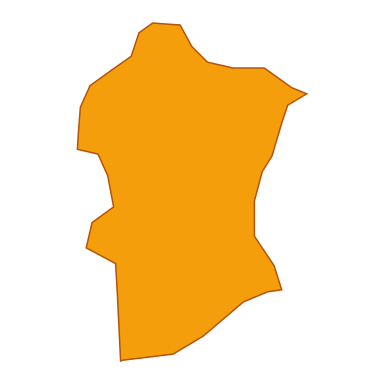 Skurup, Skåne, Sweden (Mercator projection)
{"feature_id": "70781695B43697052539522", "entity_name": "Skurup", "entity_type": "district", "adm_level": 2, "iso_a3": "SWE", "parent_name": "Sweden", "parent_adm1": "Skåne", "projection": "mercator", "projection_center": [13.579, 55.488], "detail": "fine", "context": "isolated", "style": "filled", "palette": "amber", "viewbox_px": 384, "rotation_deg": 0, "n_neighbors": 0, "source": "geoboundaries", "source_scale": "gbopen_adm2", "svg_char_len": 577}
<svg xmlns="http://www.w3.org/2000/svg" viewBox="0 0 384 384"><path d="M306.6,93.8L291.6,87.6L264.2,68.0L232.9,68.0L207.5,62.2L191.8,46.5L180.1,25.0L161.6,23.7L152.7,23.0L139.0,32.8L131.2,56.3L111.7,70.0L90.1,85.6L86.8,92.9L80.4,107.1L78.4,132.5L77.4,149.3L98.0,154.1L107.7,175.6L113.6,206.9L92.1,222.5L86.2,247.9L115.6,263.6L117.5,296.8L120.6,361.0L122.8,360.2L173.1,354.1L203.2,336.1L243.4,301.9L267.6,291.8L281.7,289.8L274.0,265.5L254.4,236.2L254.4,201.0L262.2,171.7L272.0,156.0L281.8,122.8L287.7,105.2L306.6,93.8Z" fill="#f59e0b" stroke="#b45309" stroke-width="1.5"/></svg>